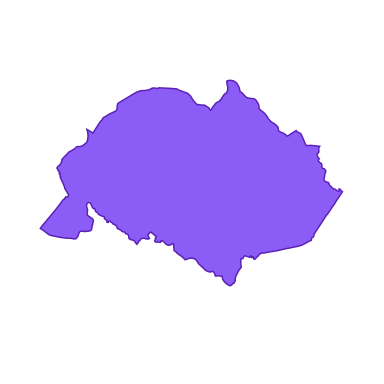 Chau Thanh, Tây Ninh, Vietnam, rotated 124°
{"feature_id": "81297802B30323481145094", "entity_name": "Chau Thanh", "entity_type": "district", "adm_level": 2, "iso_a3": "VNM", "parent_name": "Vietnam", "parent_adm1": "Tây Ninh", "projection": "robinson", "projection_center": [106.01, 11.316], "detail": "fine", "context": "isolated", "style": "filled", "palette": "violet", "viewbox_px": 384, "rotation_deg": 124, "n_neighbors": 0, "source": "geoboundaries", "source_scale": "gbopen_adm2", "svg_char_len": 5982}
<svg xmlns="http://www.w3.org/2000/svg" viewBox="0 0 384 384"><g transform="rotate(124 192 192)"><path d="M307.0,297.4L307.0,293.2L307.4,286.9L306.9,284.7L304.0,277.5L302.5,274.2L300.6,270.5L298.0,266.3L296.9,263.6L296.1,262.4L295.3,262.0L292.8,261.8L288.9,262.8L287.7,262.8L286.8,262.4L286.2,261.6L284.8,258.9L281.9,255.4L280.6,254.4L279.9,254.3L279.1,254.4L275.8,255.8L271.8,257.3L271.1,257.6L270.6,258.0L269.8,259.3L269.8,264.7L269.8,265.3L269.5,265.8L268.9,266.6L268.0,267.2L265.5,268.3L262.8,271.4L262.1,271.9L261.1,272.3L259.9,272.5L259.3,272.3L258.7,271.9L257.9,270.4L257.9,270.0L258.8,268.7L259.5,267.2L260.1,266.6L260.7,265.3L260.8,264.4L260.4,263.2L260.4,262.8L261.5,261.7L262.0,261.1L262.1,258.1L262.7,257.2L262.8,256.4L262.4,253.6L261.8,251.7L261.7,250.7L261.8,250.4L262.0,250.3L263.1,249.8L263.2,249.6L263.0,248.3L263.2,247.2L263.6,246.6L264.6,245.7L264.4,244.9L264.0,244.4L263.3,244.8L262.7,245.0L262.4,244.8L262.1,244.0L262.3,243.0L262.2,240.9L262.7,239.2L262.3,238.1L262.4,236.7L262.4,235.6L262.6,235.1L263.7,234.0L263.9,233.6L264.0,233.0L263.9,232.2L263.4,230.6L263.5,229.4L263.8,228.3L263.8,227.7L263.7,227.2L263.0,226.0L263.0,225.5L263.2,224.7L263.6,223.8L263.7,223.2L263.1,222.5L262.9,222.0L263.0,221.4L263.7,220.3L264.6,219.2L265.6,218.6L265.9,217.2L265.9,216.7L265.4,215.5L265.1,214.1L264.8,213.4L264.7,212.5L265.6,210.6L266.2,208.5L265.2,208.3L263.8,208.2L263.3,208.8L262.9,208.9L261.5,208.0L259.2,208.1L258.8,207.9L257.5,206.5L256.8,204.9L256.5,203.7L256.0,203.3L255.8,202.3L255.3,201.8L254.3,201.4L253.0,203.5L252.6,204.6L248.4,204.2L248.4,201.6L249.0,196.7L249.4,196.5L250.8,196.5L251.4,195.9L253.2,195.8L253.7,195.3L253.8,194.8L253.5,193.3L253.3,192.9L252.4,192.7L252.1,192.2L252.0,191.0L251.4,190.1L250.9,189.9L250.3,190.0L249.7,190.5L249.1,189.7L249.0,189.3L249.3,186.0L249.8,184.9L249.9,183.8L249.3,181.6L248.0,180.3L245.6,179.2L245.3,178.6L245.4,178.2L247.6,176.6L250.6,174.0L250.6,172.2L250.8,170.7L251.1,170.4L251.1,170.0L251.2,164.3L252.0,159.7L248.2,157.0L245.7,152.7L246.0,152.3L246.1,150.6L246.4,149.5L246.9,148.2L247.2,147.8L247.7,146.8L247.9,145.8L248.8,139.8L249.4,137.3L249.1,134.7L248.2,132.2L248.0,131.9L247.3,131.7L246.7,131.1L246.3,129.8L246.3,129.1L246.9,127.8L247.7,126.7L248.3,126.3L248.5,125.7L248.5,125.4L248.3,125.0L246.9,123.7L245.5,120.7L245.0,120.0L247.0,117.9L247.4,117.4L248.1,115.5L248.6,113.7L248.8,112.4L248.8,109.9L248.5,108.2L247.8,107.6L246.9,107.1L245.0,107.0L244.5,106.4L244.1,106.2L241.8,106.4L240.8,106.8L239.9,107.6L239.0,108.0L237.0,108.6L230.9,109.3L229.1,109.3L227.5,109.1L226.7,109.2L225.3,110.4L223.5,112.1L222.5,112.4L220.4,114.1L219.9,114.2L218.9,112.6L216.7,112.9L215.7,112.7L215.1,112.0L214.8,110.6L214.3,109.4L213.9,107.8L213.6,107.7L212.2,107.8L212.1,107.6L212.3,107.0L212.1,106.6L213.1,106.3L213.1,106.1L212.8,105.8L211.6,105.2L211.4,104.6L211.7,104.3L212.5,104.1L212.9,103.6L212.9,102.9L212.7,102.4L212.2,102.1L209.2,101.8L208.5,101.4L205.8,101.3L203.9,100.2L202.3,98.2L197.9,93.8L192.9,88.4L186.2,82.2L185.0,80.9L178.9,74.9L175.6,71.9L173.8,70.7L166.9,67.1L165.6,66.1L165.2,66.1L164.4,66.7L163.4,66.9L162.8,66.9L161.7,66.3L161.3,66.3L160.5,66.4L158.8,67.1L157.9,67.2L152.4,67.3L141.8,67.4L137.9,67.6L132.7,67.2L125.2,67.3L122.0,67.2L118.0,67.4L107.6,67.4L107.6,68.4L107.0,70.3L107.0,71.2L107.2,71.8L108.5,70.7L109.1,70.7L109.3,70.8L109.6,71.1L109.8,71.4L109.8,72.1L109.6,74.5L109.6,74.9L110.1,76.0L110.3,76.6L110.2,78.0L109.8,79.2L109.6,81.5L108.4,83.2L107.9,84.1L107.9,84.6L108.8,87.0L108.5,88.3L108.2,88.9L107.8,89.6L106.9,90.3L105.4,90.6L103.3,91.7L102.5,92.0L100.5,92.4L99.9,92.8L99.3,93.7L98.8,95.1L98.8,95.5L99.3,96.6L99.3,97.4L99.0,97.9L98.6,98.3L97.1,99.4L96.5,99.9L96.3,100.3L96.1,100.7L96.0,103.2L95.6,104.3L95.3,104.8L94.6,105.2L94.1,105.2L93.3,105.0L92.7,107.3L91.3,108.9L90.6,109.3L90.1,109.3L88.9,109.2L87.7,109.2L86.3,110.5L84.7,111.4L83.7,111.7L82.7,111.7L86.6,119.1L88.9,122.3L89.5,123.5L89.5,123.8L84.8,131.0L82.9,134.2L82.8,135.1L83.3,138.2L83.2,138.7L82.9,139.3L82.8,139.8L83.5,140.3L84.9,141.0L91.4,143.7L92.4,144.3L92.5,144.4L92.5,144.9L92.1,146.6L92.1,148.1L92.3,150.2L92.8,152.0L92.9,153.7L92.6,154.7L90.5,156.6L89.9,157.8L89.4,160.7L89.4,163.1L89.6,164.5L89.5,165.7L88.7,169.4L87.3,172.3L86.3,175.4L85.9,178.2L85.9,179.8L85.6,182.0L85.2,182.8L84.6,183.5L82.7,185.1L81.3,187.4L80.1,190.4L79.9,192.2L80.2,193.1L81.1,194.7L82.6,197.8L82.9,198.9L83.1,200.4L82.8,201.7L81.9,205.4L81.7,207.0L81.9,208.3L79.5,210.7L78.1,212.8L76.8,215.6L76.6,216.4L76.6,219.1L76.7,219.8L77.4,221.6L78.3,223.1L79.5,224.5L80.1,225.0L80.8,225.0L81.9,224.3L84.1,222.0L85.6,220.6L87.8,219.4L90.1,218.8L90.3,218.8L92.3,219.6L94.1,219.9L96.1,219.9L98.9,219.7L100.3,220.1L101.7,220.2L102.4,220.5L103.5,221.3L104.2,221.7L105.5,222.0L107.0,222.0L109.8,222.3L112.7,222.2L113.8,222.3L113.8,223.3L112.8,224.9L113.0,230.2L115.4,234.2L116.2,236.0L116.5,237.1L116.6,237.7L115.9,240.3L115.2,242.5L113.2,247.1L112.6,250.9L112.7,251.4L113.4,253.9L114.0,256.7L114.7,258.7L115.0,262.1L115.2,262.6L117.3,266.4L124.2,277.8L124.8,277.7L126.1,279.7L126.8,281.4L128.1,283.0L128.7,283.4L131.0,284.6L132.1,285.6L134.5,288.1L136.1,290.4L137.2,291.6L139.7,293.4L143.3,295.3L159.9,303.0L161.2,302.7L165.6,300.4L166.4,300.3L167.2,300.3L173.7,304.2L178.3,306.2L179.9,307.1L182.5,307.0L185.5,307.4L198.4,307.1L198.9,314.1L201.1,311.6L203.8,309.4L205.5,308.5L208.3,307.3L209.4,307.2L211.2,307.3L214.9,308.7L216.1,309.5L217.2,310.5L218.2,312.2L219.4,313.1L220.5,313.1L221.5,313.4L225.7,315.3L227.3,316.3L235.9,317.8L238.3,317.9L239.2,317.2L239.8,317.2L240.4,316.8L240.9,316.8L243.9,316.8L244.8,317.1L245.4,317.4L245.6,317.5L247.7,317.4L247.9,317.0L248.5,315.1L249.0,315.1L250.0,312.2L250.8,312.5L252.6,309.6L253.0,309.8L253.5,309.5L256.7,304.1L259.1,300.5L260.1,299.6L263.1,293.2L263.6,292.5L264.0,292.4L265.7,292.4L266.1,292.5L266.5,293.9L267.2,293.8L268.5,294.0L268.9,293.7L269.4,293.7L269.9,294.3L270.5,294.5L273.9,294.7L274.3,294.6L282.1,295.1L305.0,297.4L307.0,297.4Z" fill="#8b5cf6" stroke="#5b21b6" stroke-width="1.5"/></g></svg>